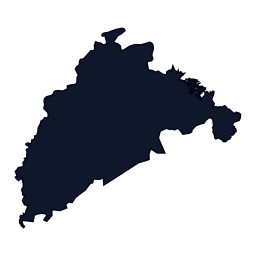 the district of Santa María Chilchotla, Oaxaca, Mexico
{"feature_id": "50627088B76224876004944", "entity_name": "Santa María Chilchotla", "entity_type": "district", "adm_level": 2, "iso_a3": "MEX", "parent_name": "Mexico", "parent_adm1": "Oaxaca", "projection": "orthographic", "projection_center": [-96.72, 18.289], "detail": "fine", "context": "isolated", "style": "filled", "palette": "ink", "viewbox_px": 256, "rotation_deg": 0, "n_neighbors": 0, "source": "geoboundaries", "source_scale": "gbopen_adm2", "svg_char_len": 5682}
<svg xmlns="http://www.w3.org/2000/svg" viewBox="0 0 256 256"><path d="M103.9,185.0L138.5,162.7L149.1,159.5L148.9,154.4L150.5,148.7L157.2,152.9L164.8,153.0L158.6,138.6L158.4,137.7L160.1,131.3L160.7,130.8L166.6,128.2L169.5,129.4L171.5,129.0L174.8,129.8L177.0,128.4L179.1,129.1L182.9,134.2L189.5,133.1L191.7,131.8L191.8,130.4L192.9,128.8L196.2,125.5L201.2,123.7L204.0,123.1L205.8,120.2L208.0,118.4L209.4,117.7L211.1,118.0L212.8,119.3L213.6,125.8L212.6,127.6L213.3,129.4L213.0,132.0L214.3,134.2L214.9,138.0L215.8,138.8L218.7,137.9L222.4,140.1L223.4,141.6L225.7,141.6L227.3,139.9L229.8,138.8L230.9,137.0L230.6,134.3L232.6,135.1L234.5,133.2L233.6,131.7L234.4,131.4L235.0,132.0L236.0,131.6L236.1,130.3L235.5,128.7L234.3,127.8L234.4,126.7L232.4,125.4L233.0,123.5L234.3,122.0L239.1,120.4L240.2,118.1L240.6,114.5L239.1,113.1L235.8,112.3L234.1,113.7L229.2,109.2L227.0,108.7L226.3,107.1L224.8,105.8L221.0,107.2L219.8,106.7L217.4,107.4L216.3,106.7L213.0,107.0L212.5,106.6L213.9,105.2L214.2,103.8L211.6,99.5L213.7,93.8L213.9,91.6L213.0,91.2L212.9,92.0L211.9,92.9L211.1,92.9L211.0,92.0L210.5,91.8L209.7,93.7L207.3,92.6L207.5,91.9L206.6,91.7L206.3,92.3L205.0,91.8L205.0,94.4L206.4,94.7L206.3,95.2L204.7,95.4L200.2,100.1L199.4,98.9L200.7,97.8L200.4,96.8L199.5,96.7L199.7,95.1L197.9,95.6L197.7,96.6L198.1,97.2L197.2,97.3L197.3,96.4L196.6,95.9L197.7,95.6L197.6,94.5L196.2,94.4L198.4,94.4L198.4,93.3L199.1,94.1L199.4,93.8L199.6,94.5L200.1,93.6L200.6,93.8L200.9,93.4L199.7,92.9L200.1,92.0L198.9,91.8L199.1,90.8L199.7,90.7L199.6,91.6L200.4,91.4L200.5,92.0L201.7,92.4L201.3,91.4L202.2,91.7L203.0,90.9L201.3,90.1L200.6,89.2L200.4,90.3L200.1,90.1L200.5,89.0L202.2,89.6L201.8,88.9L202.4,88.7L202.0,88.3L201.6,88.7L200.7,88.4L201.1,87.6L200.3,88.1L199.7,87.7L200.7,86.9L202.4,87.3L202.5,88.2L203.3,88.1L202.9,88.8L203.3,89.0L202.8,89.7L203.6,90.0L203.8,91.1L204.2,90.8L203.7,89.2L204.4,89.0L203.8,88.3L205.2,88.4L205.0,89.3L205.4,89.4L205.5,88.0L203.5,87.6L202.4,86.4L201.4,86.2L199.2,86.6L198.0,85.6L198.0,86.7L197.2,86.4L197.1,87.0L196.6,86.3L197.3,85.9L197.2,85.4L197.9,85.6L197.3,84.7L198.9,83.7L198.2,83.7L196.7,84.5L196.7,85.0L196.3,84.9L195.9,86.5L196.2,87.6L198.0,87.7L197.6,88.5L198.0,89.0L197.3,89.1L197.2,90.1L195.3,89.3L195.2,90.7L193.6,90.7L193.8,91.2L192.3,91.6L192.7,92.4L192.2,92.6L192.5,93.4L191.2,93.5L191.8,93.1L191.3,92.2L193.3,90.6L191.1,91.3L190.3,90.6L190.4,91.7L189.9,92.0L190.3,93.1L189.5,92.9L189.4,91.9L190.4,89.6L189.4,88.9L189.5,88.2L190.7,87.7L190.3,89.0L191.5,90.1L191.1,89.1L191.5,88.1L192.5,87.5L192.5,88.8L191.9,89.5L193.1,89.1L193.4,90.3L193.7,88.5L195.0,89.0L194.3,87.4L195.2,86.7L194.2,86.8L195.1,85.6L194.3,85.5L194.8,85.1L195.9,85.3L196.3,84.5L194.7,84.2L192.2,85.1L192.2,86.1L191.8,86.2L192.0,84.9L190.3,84.7L191.0,83.2L191.7,83.3L191.8,83.9L192.4,81.8L193.5,82.7L193.2,83.6L194.6,82.6L195.1,83.2L196.1,82.1L195.6,81.5L196.1,81.0L196.2,82.7L197.1,81.8L198.5,81.8L197.2,81.0L196.9,80.0L194.2,79.4L195.2,80.7L194.4,81.3L194.0,80.7L193.6,81.3L193.3,79.8L188.4,78.3L191.3,80.4L189.3,80.4L186.7,79.0L186.0,79.3L186.3,79.8L187.7,79.9L188.7,81.3L189.4,81.4L186.9,82.3L186.8,81.3L186.2,82.9L187.8,82.4L189.3,82.8L188.5,83.3L189.1,84.0L188.4,84.8L189.3,85.5L188.9,86.0L188.0,86.0L187.2,83.6L183.5,81.7L185.4,81.0L185.3,80.6L183.0,80.8L180.9,79.8L179.4,80.4L179.0,80.1L180.0,76.9L180.2,77.6L182.0,75.2L182.6,75.4L184.3,73.4L182.5,73.8L181.6,73.4L181.2,72.8L181.5,72.3L180.6,71.9L180.2,73.2L178.8,72.6L178.3,70.6L177.7,72.3L176.8,72.7L176.1,72.3L176.9,71.5L175.7,71.1L174.6,70.1L172.9,66.0L171.8,69.9L170.8,70.4L169.7,70.1L166.9,71.7L166.7,74.7L163.1,74.5L158.2,71.2L155.4,72.1L152.5,70.6L148.3,69.9L147.0,62.7L147.7,61.4L151.5,60.7L152.9,58.7L151.8,55.8L151.9,53.6L153.3,49.0L153.3,47.6L153.0,45.1L151.7,43.1L149.6,42.3L141.3,44.8L134.8,44.6L129.5,46.4L124.5,49.6L121.8,50.7L121.1,50.3L120.3,46.0L117.9,43.9L114.2,42.6L113.8,41.4L117.6,35.8L121.1,33.9L124.9,30.6L124.4,29.2L123.3,28.5L121.5,28.4L115.6,29.6L108.3,32.4L103.6,33.2L102.5,33.9L101.9,35.3L102.2,35.9L102.9,36.1L104.9,35.5L106.7,42.1L106.6,43.5L104.8,44.8L103.0,44.8L100.5,43.0L98.2,43.0L96.7,42.1L95.5,42.0L94.4,45.9L94.8,49.5L93.3,50.7L90.9,50.8L83.5,59.0L80.8,59.3L80.2,59.9L79.7,61.0L79.3,64.7L76.4,67.2L75.4,69.1L78.2,74.7L78.3,75.6L77.2,77.1L76.9,82.9L75.0,84.5L71.2,84.9L67.3,86.0L67.7,88.7L63.0,91.1L58.2,90.6L55.0,91.1L54.1,91.7L53.3,93.8L51.9,95.3L46.4,96.9L44.4,99.0L44.1,101.6L44.9,104.7L44.1,106.8L44.0,108.6L47.5,112.2L48.3,114.2L48.0,117.1L46.6,118.1L44.7,117.6L43.3,119.6L41.0,121.1L40.6,123.3L38.2,128.0L37.9,132.4L36.5,135.5L34.8,135.9L34.7,138.0L33.8,139.7L31.7,140.1L31.8,141.7L31.0,143.4L30.1,143.8L28.4,143.1L27.0,143.2L25.8,144.2L26.3,145.0L28.2,145.9L29.8,147.3L26.3,149.7L27.2,152.6L26.7,154.6L27.1,157.5L24.5,158.5L25.3,159.8L23.0,162.7L23.6,165.1L23.2,166.2L21.3,167.2L18.4,167.6L15.8,171.3L15.4,171.3L17.0,175.8L16.6,176.6L15.4,177.1L16.3,178.6L18.6,180.5L21.8,177.8L22.6,177.6L22.6,179.7L22.2,179.7L23.2,181.9L22.8,182.1L23.3,183.3L23.4,187.0L22.1,188.7L21.7,190.3L22.7,192.3L22.6,194.8L24.0,195.4L24.4,196.3L25.4,196.1L25.5,196.8L23.8,197.6L22.5,200.7L24.5,204.7L27.2,205.5L27.6,208.2L26.8,209.0L25.6,212.4L26.0,213.6L24.6,214.0L23.4,213.5L23.7,215.9L21.0,215.4L20.3,216.0L20.1,217.3L21.4,218.6L19.6,219.7L19.8,223.1L20.9,224.1L21.2,225.5L23.5,227.6L24.5,226.5L23.1,225.0L22.4,223.4L22.1,222.1L22.7,220.3L33.1,221.5L34.2,215.2L37.6,213.9L41.8,213.3L44.9,213.5L46.6,214.8L47.0,215.5L46.7,216.2L45.3,217.5L43.9,219.9L46.8,221.3L51.9,215.4L51.7,209.9L54.0,209.8L60.0,210.5L66.7,207.9L65.7,205.3L65.9,204.2L69.1,201.7L70.9,202.5L72.2,202.4L75.5,197.3L85.4,189.8L90.2,183.4L92.6,182.8L93.5,179.1L100.1,179.2L103.3,177.5L103.9,185.0Z" fill="#0f172a" stroke="#020617" stroke-width="1.5"/></svg>